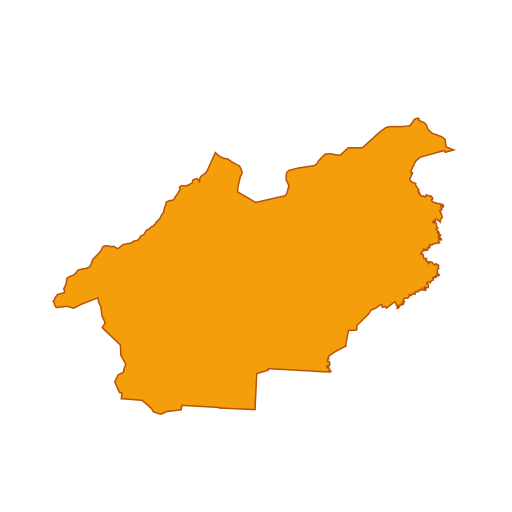 Kārķu pag., Valkas, Latvia, rotated 107°
{"feature_id": "27541924B33710891924664", "entity_name": "Kārķu pag.", "entity_type": "district", "adm_level": 2, "iso_a3": "LVA", "parent_name": "Latvia", "parent_adm1": "Valkas", "projection": "mercator", "projection_center": [25.591, 57.815], "detail": "fine", "context": "isolated", "style": "filled", "palette": "amber", "viewbox_px": 512, "rotation_deg": 107, "n_neighbors": 0, "source": "geoboundaries", "source_scale": "gbopen_adm2", "svg_char_len": 5933}
<svg xmlns="http://www.w3.org/2000/svg" viewBox="0 0 512 512"><g transform="rotate(107 256 256)"><path d="M345.2,151.1L344.6,150.5L344.3,150.6L344.2,151.5L344.5,151.8L344.3,152.5L343.2,152.2L342.7,153.1L341.9,153.3L341.5,153.8L341.5,154.6L342.2,155.2L341.8,155.7L340.2,155.8L339.9,154.9L340.0,154.3L339.7,154.0L339.0,153.8L338.5,154.2L337.5,153.7L336.2,155.0L335.6,155.0L335.9,156.7L335.3,156.6L334.4,157.4L333.2,156.4L332.4,157.3L331.6,156.9L330.3,157.1L324.3,152.3L315.7,143.6L315.4,144.2L300.2,145.8L298.3,140.4L297.5,138.7L297.0,138.1L293.1,139.3L278.6,131.4L274.1,130.1L270.6,125.9L267.5,123.8L265.7,121.6L268.1,120.3L266.5,117.4L267.7,116.1L259.1,109.8L263.6,105.7L264.1,105.4L264.7,105.7L264.7,105.3L264.4,104.9L264.0,105.0L263.0,104.2L262.9,105.3L262.1,104.8L261.8,105.4L261.5,105.2L261.0,104.4L261.1,103.7L259.6,103.1L259.6,102.8L260.0,102.6L259.6,102.3L259.5,101.9L259.7,101.7L259.2,101.1L258.6,101.3L258.7,101.6L258.3,101.9L257.9,101.5L257.7,100.9L257.3,100.8L256.5,101.3L256.2,101.0L256.0,101.6L256.4,102.1L255.0,101.8L254.1,102.2L253.2,101.9L252.4,100.6L252.4,99.7L251.8,98.3L249.0,97.5L248.2,98.2L247.8,98.0L247.8,97.5L248.4,96.9L248.5,96.3L248.0,95.8L246.1,95.2L245.9,94.8L246.2,93.0L246.1,92.7L244.7,93.2L243.1,92.8L243.0,92.5L243.4,91.8L243.3,91.5L242.8,91.1L242.3,89.9L241.5,89.7L240.6,90.0L240.3,88.2L239.8,87.7L239.0,87.9L239.8,86.5L239.5,86.1L239.6,85.4L239.3,85.0L239.4,83.8L239.3,83.6L238.4,84.0L237.3,86.0L236.3,85.7L236.1,84.9L236.8,83.8L235.7,82.1L233.3,82.6L232.9,83.5L231.8,83.9L232.6,84.1L232.7,84.6L231.8,84.8L230.1,83.5L230.1,82.4L230.8,81.9L230.6,81.5L228.1,81.0L227.4,79.6L226.3,79.6L225.8,79.8L225.7,80.4L224.7,80.5L223.8,79.1L224.3,78.5L223.9,77.8L223.1,78.3L222.7,77.2L222.1,77.4L222.3,78.3L221.8,78.4L221.3,76.6L221.7,75.9L221.3,75.4L220.7,75.2L219.9,76.1L219.3,78.0L218.2,77.8L216.6,78.6L214.2,77.6L213.4,78.6L212.0,78.4L211.4,78.8L211.5,80.5L210.9,81.1L210.7,81.8L212.2,82.5L212.3,83.2L210.7,85.4L210.8,86.2L210.4,87.4L210.9,88.3L212.7,88.4L212.9,88.5L212.9,88.8L211.0,89.8L210.9,90.3L211.5,90.7L210.8,91.2L210.8,92.1L208.5,92.2L209.1,93.3L209.3,94.7L205.7,96.7L205.4,97.5L205.9,98.9L205.6,99.3L204.6,98.6L203.0,98.4L201.9,97.0L200.9,97.8L200.3,97.7L200.3,97.0L201.1,95.8L200.7,95.3L199.9,95.1L200.0,94.7L200.6,94.3L200.2,93.6L197.0,94.0L196.8,93.5L197.5,92.8L197.1,92.2L195.0,93.2L194.2,93.1L194.3,91.4L194.1,91.0L192.9,90.2L192.2,88.8L191.3,88.0L190.9,86.6L189.7,84.3L189.1,84.3L188.7,85.4L188.2,85.9L187.3,86.1L186.7,85.7L186.4,83.4L185.7,83.6L184.9,84.9L184.9,85.3L185.6,85.5L185.1,85.8L185.5,86.2L185.3,86.7L184.7,86.8L184.1,87.6L183.6,87.5L183.2,85.9L182.3,85.6L182.6,86.4L182.5,86.9L181.7,86.8L181.6,87.5L180.8,87.6L181.2,88.6L181.0,89.2L180.4,89.3L179.6,88.3L179.0,89.0L178.0,91.5L177.0,91.4L176.2,90.3L174.6,92.2L172.4,92.9L171.8,93.7L172.3,96.2L172.0,97.0L170.9,96.7L170.4,96.1L171.1,95.6L171.3,95.2L171.1,94.7L170.1,94.5L168.5,95.2L168.0,93.8L169.8,89.6L168.6,89.7L167.8,90.5L165.1,89.2L164.3,89.2L160.6,91.8L159.4,93.5L158.7,93.3L157.8,91.9L157.4,91.8L156.8,92.1L155.7,93.7L153.9,93.7L153.3,93.5L154.0,92.8L153.9,92.4L154.1,92.0L154.8,91.6L154.1,91.2L153.3,91.3L152.6,91.8L152.2,93.2L152.2,95.6L152.8,98.1L152.8,99.1L152.4,99.9L152.7,101.5L152.6,102.8L151.5,104.4L150.9,104.8L150.2,103.9L149.1,103.7L147.5,106.2L147.9,108.2L147.7,111.1L150.1,111.2L150.1,111.9L149.8,112.2L149.7,113.8L150.3,114.7L150.3,115.5L149.1,116.8L149.4,117.5L148.9,118.0L147.6,118.2L147.9,118.7L147.3,118.8L147.1,119.8L145.1,119.5L144.6,120.6L141.6,124.1L140.0,124.4L139.8,128.4L138.8,130.3L138.1,131.2L137.3,131.5L130.8,130.5L130.4,132.8L118.7,131.1L113.4,127.8L100.1,106.8L101.5,105.3L96.8,98.0L96.5,101.4L95.9,106.2L89.3,109.2L88.8,109.8L87.6,113.6L87.1,123.5L84.5,128.8L80.9,131.3L79.2,134.4L79.1,137.8L78.7,138.7L78.3,140.3L77.3,140.1L76.8,141.0L77.3,142.3L78.7,144.3L86.6,147.0L89.8,154.9L93.4,166.5L95.5,169.6L101.4,174.0L121.5,186.0L125.5,199.4L135.1,205.0L136.0,209.6L136.1,212.6L136.5,213.7L136.5,215.2L138.4,219.7L147.1,224.2L149.7,224.5L152.6,226.8L159.4,241.1L164.4,249.4L166.5,250.7L168.4,251.0L172.8,250.0L174.9,249.0L179.1,245.1L187.6,244.8L189.8,245.7L204.9,272.0L200.0,292.4L194.9,293.5L184.2,294.2L182.6,293.7L180.1,293.6L174.9,297.8L173.1,306.5L171.5,311.1L171.4,311.7L172.0,314.6L171.7,317.7L171.0,320.9L169.0,325.1L188.5,327.6L191.1,328.4L196.0,331.9L198.1,332.5L201.5,331.7L199.1,334.8L199.6,335.1L200.5,337.3L201.5,338.3L202.4,338.8L204.4,338.2L207.8,341.3L209.1,343.4L209.8,343.8L209.9,345.6L210.6,347.9L212.6,349.3L214.5,348.1L220.0,349.4L223.0,350.5L225.5,350.8L227.4,352.4L227.9,354.3L230.1,357.0L231.2,357.7L233.1,357.2L236.5,357.6L241.3,357.3L246.2,358.7L248.3,358.8L252.6,361.2L254.7,361.7L257.7,363.3L258.5,364.4L262.2,366.6L262.3,367.4L263.9,368.5L268.3,369.4L270.7,372.2L273.6,372.6L275.6,374.0L276.8,375.7L277.8,377.8L279.4,378.5L280.8,380.3L282.1,383.4L283.2,384.6L283.6,385.9L284.2,386.7L289.1,389.9L289.3,390.5L289.1,392.4L288.3,394.7L288.8,395.4L289.4,397.2L289.5,397.9L289.3,398.4L289.6,399.5L289.7,401.3L290.2,403.0L291.2,404.5L292.2,405.3L295.7,405.6L297.6,406.2L307.0,411.1L313.0,411.4L315.2,412.1L317.3,414.5L321.0,421.5L322.1,422.4L324.8,423.3L327.2,424.6L328.3,425.6L329.5,427.5L332.0,430.1L333.4,430.3L338.0,429.4L343.6,430.3L345.7,428.7L346.7,428.7L347.4,429.0L350.0,433.4L351.0,434.6L354.5,435.9L357.5,436.1L358.4,436.8L360.2,435.1L362.5,433.6L363.7,431.8L359.5,422.4L359.3,420.6L359.2,415.1L353.0,408.6L342.2,395.0L345.9,393.1L350.8,388.8L351.1,389.0L358.8,385.5L361.7,382.6L364.4,380.8L369.5,382.1L380.8,359.6L390.4,356.3L397.5,348.9L403.3,349.3L406.0,348.8L410.0,353.1L417.6,354.3L426.5,346.6L426.2,344.1L431.9,343.1L431.7,342.6L427.3,322.7L432.3,311.6L435.0,308.5L435.2,301.2L433.1,298.2L431.5,296.7L430.0,294.4L429.7,293.2L424.9,282.6L420.5,283.2L411.9,248.2L411.6,246.8L412.1,246.7L403.2,212.0L368.3,220.9L361.5,210.9L360.2,211.4L352.7,181.4L352.7,180.7L350.2,171.5L348.6,163.9L345.2,151.1Z" fill="#f59e0b" stroke="#b45309" stroke-width="1.5"/></g></svg>